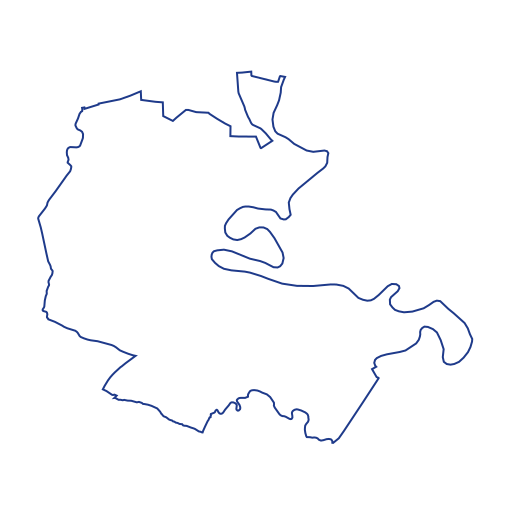 the district of Tutora, Iasi, Romania, rotated 2°
{"feature_id": "2599482B32666452870869", "entity_name": "Tutora", "entity_type": "district", "adm_level": 2, "iso_a3": "ROU", "parent_name": "Romania", "parent_adm1": "Iasi", "projection": "equal_earth", "projection_center": [27.782, 47.144], "detail": "fine", "context": "isolated", "style": "outline", "palette": "blue", "viewbox_px": 512, "rotation_deg": 2, "n_neighbors": 0, "source": "geoboundaries", "source_scale": "gbopen_adm2", "svg_char_len": 6043}
<svg xmlns="http://www.w3.org/2000/svg" viewBox="0 0 512 512"><g transform="rotate(2 256 256)"><path d="M77.0,114.0L77.3,115.4L77.2,117.3L76.0,118.1L74.7,120.1L73.3,124.8L71.3,129.6L71.0,130.6L71.0,131.9L72.3,134.4L72.9,135.2L73.7,135.8L76.1,136.7L77.9,138.0L78.9,140.2L78.9,143.9L78.7,144.8L76.8,150.5L76.4,151.7L75.8,152.5L74.5,153.3L72.9,153.7L66.8,153.6L66.0,153.8L65.0,154.4L64.2,155.1L63.7,156.2L63.4,157.3L63.3,159.0L63.6,161.8L64.9,164.4L65.3,166.4L64.6,168.4L64.5,169.3L67.2,171.6L68.2,172.7L68.3,173.4L68.0,175.5L67.3,177.8L64.0,182.2L53.5,198.2L47.3,207.0L46.4,208.6L45.8,209.9L45.3,212.7L44.6,214.0L43.4,216.0L37.8,223.7L37.2,224.9L37.0,225.8L37.1,226.5L39.9,235.0L41.5,240.9L46.5,261.0L48.5,268.6L50.4,271.9L51.1,273.5L51.4,275.2L51.7,276.1L53.1,277.7L53.3,278.3L53.1,280.6L52.6,282.3L51.6,283.8L49.6,288.0L49.5,289.3L50.2,291.7L50.1,292.7L49.4,293.9L48.0,298.2L48.2,301.1L47.3,303.5L46.5,307.8L46.2,313.8L45.9,314.8L44.7,316.8L44.7,317.7L45.3,318.4L48.2,319.1L49.0,319.8L49.5,321.5L49.2,324.0L49.3,324.8L50.4,325.8L50.6,326.5L57.3,328.8L64.7,332.3L66.5,333.4L69.9,334.8L78.0,337.0L79.5,338.0L80.5,339.0L82.6,342.2L83.8,343.1L86.9,344.3L90.6,345.4L93.7,346.0L100.7,346.7L114.8,350.0L117.1,350.9L119.2,352.1L123.2,355.0L126.4,356.3L131.8,358.2L136.4,359.5L139.1,360.0L129.4,367.7L125.4,371.2L124.6,371.7L119.0,377.2L116.8,379.6L114.6,382.3L112.4,385.5L109.2,391.2L107.6,394.6L111.3,396.2L116.9,399.7L117.9,399.9L119.4,399.5L121.6,400.4L119.4,402.8L120.1,402.7L123.7,404.5L125.4,404.4L127.9,404.8L129.3,404.4L132.7,405.0L136.3,405.0L142.0,406.4L144.1,405.9L147.0,406.8L148.3,407.8L149.4,407.8L153.3,408.4L156.8,409.4L162.6,411.8L165.6,414.9L166.9,417.0L167.5,417.4L168.6,418.8L169.5,419.5L171.6,420.2L173.0,421.1L174.7,422.4L176.0,422.9L177.8,423.3L178.9,424.2L180.2,424.4L181.6,425.3L183.5,425.6L185.4,426.5L188.1,426.7L189.0,427.8L190.2,428.1L192.6,428.2L196.9,429.7L199.8,430.5L201.1,431.0L205.0,433.3L206.8,433.6L208.2,434.2L208.8,434.2L209.3,432.5L211.0,428.3L213.4,422.8L214.3,421.4L214.8,420.0L215.2,419.1L216.0,418.8L216.3,418.5L216.1,418.0L216.5,416.9L216.3,416.0L216.4,415.5L219.6,414.1L220.3,413.6L221.0,411.9L221.9,411.1L222.3,411.1L222.9,411.6L224.0,413.5L224.9,414.5L225.9,414.9L226.6,414.9L227.4,414.7L228.6,413.7L230.5,410.6L234.0,406.2L235.4,404.0L236.1,403.4L236.9,403.1L238.4,403.1L240.1,403.7L241.3,404.6L241.7,405.1L242.0,406.0L241.7,409.5L241.9,410.2L242.9,411.1L243.4,411.2L244.1,411.0L245.4,409.7L245.6,408.6L245.5,407.5L244.7,405.4L242.2,402.1L241.9,401.2L241.9,400.6L242.3,400.0L243.5,398.9L244.5,398.5L245.8,398.3L250.0,398.2L252.9,396.9L252.8,395.2L253.2,393.9L254.6,391.5L255.3,390.9L256.5,390.4L257.7,390.2L259.2,390.1L262.1,390.4L264.6,391.2L266.9,392.3L271.7,393.9L275.1,396.5L279.0,401.9L279.2,403.6L279.1,404.9L280.0,406.8L284.8,413.1L286.0,414.2L287.2,414.8L288.3,415.1L289.6,415.1L291.3,415.6L295.2,417.6L296.2,417.8L297.2,417.6L298.0,416.3L297.9,414.6L297.4,412.0L297.4,411.3L297.7,410.4L298.2,409.6L299.8,408.4L301.8,407.8L303.1,407.9L306.5,408.8L310.7,410.6L312.5,411.9L313.2,412.7L313.9,414.6L313.9,415.4L314.3,417.6L314.2,418.4L313.8,419.8L311.9,422.3L311.1,423.8L310.9,426.0L310.9,428.0L311.5,431.2L312.5,434.3L313.1,435.2L316.3,435.2L318.7,435.6L320.5,435.3L322.4,435.5L323.9,436.1L325.4,437.5L327.4,438.2L329.8,437.7L332.9,436.6L335.1,436.3L336.1,436.4L337.2,436.6L337.9,437.1L338.8,438.5L338.8,440.0L339.6,440.1L345.1,435.3L349.9,427.9L367.7,398.9L382.8,373.9L382.7,373.5L380.8,372.8L375.9,365.0L380.0,362.5L379.0,361.5L377.9,358.7L378.6,355.7L380.3,353.8L384.5,351.5L390.2,349.7L403.0,346.9L408.7,345.2L419.1,337.8L421.6,334.1L422.6,330.8L422.9,328.6L422.7,326.2L423.2,324.0L424.7,322.1L426.8,320.7L430.3,320.9L435.4,322.9L439.5,326.1L443.5,333.6L446.8,342.6L446.2,350.5L447.4,355.2L450.4,357.3L454.2,357.8L457.9,357.0L462.6,354.7L467.0,350.4L471.2,344.7L473.5,339.5L474.9,334.0L475.0,331.4L472.5,326.6L470.2,320.9L466.8,315.7L455.7,306.4L449.9,302.0L441.7,294.7L438.3,294.3L435.1,295.6L430.6,299.0L425.4,302.4L414.2,306.1L405.9,307.1L400.7,306.3L396.8,305.0L394.2,302.7L391.7,299.6L391.3,294.9L392.4,292.4L398.9,286.2L400.5,283.1L399.9,281.0L397.2,279.3L392.7,279.2L388.7,281.6L380.0,290.7L375.4,294.7L372.3,296.3L368.8,296.8L364.4,296.0L359.8,294.3L349.8,285.3L344.3,282.8L337.2,281.7L331.8,281.8L314.1,284.0L297.9,284.4L283.1,282.7L269.0,278.4L261.6,275.8L250.5,272.8L245.4,272.0L231.9,271.2L224.4,269.9L219.2,267.4L215.3,264.3L212.0,260.7L211.5,258.3L211.7,256.1L212.4,254.2L213.8,252.7L217.1,251.7L223.7,250.8L231.8,252.2L250.0,258.9L260.3,260.9L265.5,262.6L273.9,266.6L278.0,266.7L280.5,265.4L282.6,262.6L283.7,257.1L282.4,251.6L273.8,237.5L269.1,231.4L266.3,228.7L262.5,227.2L258.3,227.3L254.5,228.8L249.6,233.7L244.0,237.9L240.5,239.7L236.7,240.7L232.7,240.2L229.2,238.6L226.6,236.8L224.5,233.6L223.9,229.5L223.9,226.9L225.0,224.2L227.3,220.4L235.4,210.7L238.4,208.8L241.2,207.4L243.8,206.9L246.9,206.8L251.7,207.4L256.3,208.5L263.8,209.1L269.3,209.1L271.8,209.9L274.4,211.3L279.1,217.6L282.5,218.5L284.5,218.3L287.4,215.9L289.2,213.6L287.8,208.0L286.9,201.4L288.4,196.9L290.7,193.3L296.2,187.0L314.5,170.8L320.1,166.2L322.2,164.0L323.9,160.4L324.0,154.6L324.7,150.7L323.3,148.8L320.7,148.2L309.6,149.9L302.9,148.8L290.2,142.6L284.5,138.1L281.4,136.3L273.3,133.0L270.9,130.7L268.9,126.2L267.7,119.0L268.6,112.3L271.9,104.5L273.6,99.6L275.0,91.9L275.2,86.3L277.6,78.9L278.8,76.0L274.0,75.3L273.6,75.7L272.0,81.1L269.8,81.2L268.1,81.0L245.5,76.2L245.1,75.7L244.8,71.9L235.6,73.2L230.6,73.6L232.6,92.3L233.0,94.0L239.1,106.9L239.7,108.8L240.0,110.2L242.7,116.2L243.5,117.8L244.5,119.3L246.4,123.1L247.5,124.5L248.4,125.1L256.0,128.3L257.1,129.1L261.5,133.1L266.5,138.7L268.3,140.3L257.4,148.0L257.0,148.0L256.7,147.7L251.8,136.7L234.0,137.2L226.2,137.1L226.0,127.2L220.5,124.7L212.3,120.2L204.5,115.5L203.5,114.5L191.2,114.3L183.4,112.4L180.8,112.5L171.7,120.5L168.2,123.9L158.4,119.4L157.5,105.7L150.1,105.4L135.8,104.0L135.1,95.4L124.7,100.2L114.5,104.2L93.4,109.2L93.4,110.1L79.6,114.9L79.6,113.9L79.4,113.5L77.0,114.0Z" fill="none" stroke="#1e3a8a" stroke-width="2"/></g></svg>